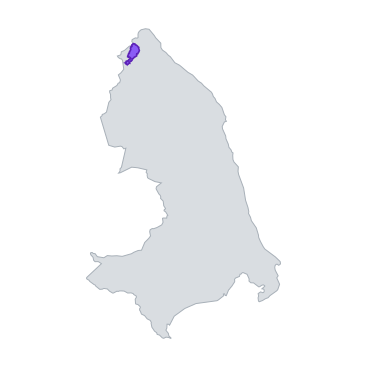 El Collao, Puno, Peru (highlighted), rotated 193°
{"feature_id": "86281439B70453073553936", "entity_name": "El Collao", "entity_type": "district", "adm_level": 2, "iso_a3": "PER", "parent_name": "Peru", "parent_adm1": "Puno", "projection": "albers", "projection_center": [-69.665, -16.626], "detail": "fine", "context": "in_parent", "style": "filled", "palette": "violet", "viewbox_px": 384, "rotation_deg": 193, "n_neighbors": 0, "source": "geoboundaries", "source_scale": "gbopen_adm2", "svg_char_len": 7436}
<svg xmlns="http://www.w3.org/2000/svg" viewBox="0 0 384 384"><g transform="rotate(193 192 192)"><path d="M277.1,109.1L277.0,110.1L275.7,110.6L274.4,109.9L272.5,110.1L269.7,107.7L263.1,108.1L260.2,111.0L255.8,111.6L250.9,113.0L245.5,113.6L237.0,118.3L235.1,120.2L231.3,122.9L228.1,123.9L226.7,132.2L223.7,137.1L222.5,139.8L224.3,143.8L224.3,145.8L222.6,147.4L221.2,147.6L218.3,149.4L214.1,153.1L213.4,156.0L214.8,159.7L214.4,160.1L210.8,160.9L211.0,163.0L210.3,163.8L213.3,166.8L215.0,167.4L215.1,168.2L214.8,169.0L214.2,169.3L214.1,170.0L216.4,172.2L218.0,176.6L221.2,178.7L221.3,180.2L222.2,181.6L223.8,182.6L227.7,187.0L227.8,189.1L223.9,194.0L230.4,193.8L237.6,195.4L238.6,196.1L239.5,198.3L239.6,199.7L241.1,200.8L241.0,203.4L250.4,203.4L256.4,202.6L266.2,194.6L267.8,193.9L267.0,195.6L266.9,196.9L267.4,198.3L266.3,200.2L266.3,219.8L268.1,218.7L270.4,220.5L272.0,220.6L277.4,218.4L283.6,218.8L298.1,244.3L296.8,246.1L296.9,247.4L295.1,248.5L293.3,250.6L293.2,260.7L291.7,263.8L292.5,265.4L293.3,268.7L294.6,270.6L295.0,271.9L294.8,272.3L292.8,273.4L292.7,275.3L289.1,278.9L288.4,281.4L287.1,282.2L286.9,285.0L290.1,289.5L288.0,292.2L286.1,296.2L289.3,304.6L290.6,305.8L292.0,305.7L294.1,306.5L295.3,307.7L292.7,309.3L292.2,310.0L292.4,312.7L289.6,314.8L285.8,320.1L284.8,320.4L282.9,322.0L282.5,322.8L282.8,323.5L284.5,325.1L284.6,327.0L281.9,329.4L280.0,329.6L279.3,330.3L280.1,333.5L280.1,335.0L279.5,336.7L278.1,338.6L274.1,340.6L270.4,340.9L264.1,336.1L262.1,334.1L255.9,330.0L254.8,325.7L252.7,323.6L248.9,322.1L245.8,319.9L243.5,318.9L237.8,314.1L232.6,312.7L222.9,307.7L217.7,306.1L210.9,301.5L207.3,300.2L204.4,298.1L195.5,293.6L194.1,292.1L192.7,289.8L190.7,288.4L188.4,285.3L185.1,283.5L181.9,281.1L177.8,274.5L175.9,273.0L175.7,270.0L174.4,268.6L176.2,267.5L177.3,262.7L176.5,260.4L171.8,254.2L170.9,251.5L167.4,246.8L166.1,243.9L163.4,241.8L162.3,240.0L160.8,239.3L160.6,237.0L159.4,232.8L157.9,230.7L152.5,226.9L151.8,222.5L150.5,219.5L142.6,207.5L137.9,195.9L134.0,189.5L132.3,185.8L132.1,183.8L129.3,180.5L127.7,177.4L121.3,171.5L117.5,164.9L116.9,162.9L114.3,159.3L110.2,154.6L108.2,152.8L96.2,147.5L90.5,144.1L89.7,142.3L89.9,141.2L91.1,140.1L92.8,140.8L93.8,140.4L94.5,139.0L94.4,137.0L93.3,134.5L89.2,129.7L90.1,127.4L85.9,121.8L86.5,116.1L87.3,114.7L92.7,108.6L94.1,106.1L96.5,104.5L98.9,102.1L101.8,100.2L102.7,100.7L103.8,103.7L103.7,105.7L104.7,107.9L102.7,110.1L100.4,109.8L99.6,110.3L99.3,111.3L99.7,112.9L100.4,113.5L102.1,113.4L99.9,116.5L100.1,117.1L101.8,117.6L103.2,116.7L104.8,114.9L105.7,114.6L111.6,117.3L114.3,116.8L116.4,118.0L116.8,120.2L119.8,124.2L124.2,125.0L124.9,124.6L125.8,123.0L126.7,122.7L126.8,120.4L130.4,117.8L130.9,116.1L130.3,114.9L130.3,113.9L132.3,108.4L132.9,107.8L133.5,106.0L134.3,104.9L135.3,98.7L136.3,98.7L137.4,100.1L138.5,99.7L137.8,98.3L138.0,97.8L142.0,92.8L143.2,91.7L163.0,84.2L172.8,76.9L181.4,67.0L183.9,57.2L184.9,57.9L186.6,57.6L185.9,53.7L186.3,51.8L186.2,51.3L183.3,49.0L182.1,46.5L179.7,45.1L179.7,44.6L182.3,45.0L184.7,44.7L186.6,43.1L188.1,43.2L191.5,45.3L193.9,45.4L194.8,47.0L197.2,48.0L200.7,51.3L202.3,54.9L202.2,55.6L203.8,57.5L207.1,58.3L210.4,60.9L213.8,61.7L215.4,64.1L216.3,64.9L216.8,66.2L216.3,67.9L216.8,68.7L219.4,70.2L221.5,70.2L222.0,70.8L223.2,74.8L222.5,76.9L222.8,78.0L225.6,79.0L226.5,79.8L228.7,80.0L231.9,79.1L235.8,80.2L238.8,79.7L240.2,79.4L241.6,78.5L242.8,78.5L245.8,75.9L246.7,75.7L250.0,76.8L252.7,78.5L256.2,78.2L257.6,77.1L260.0,76.4L264.5,78.6L265.5,79.6L266.7,79.8L271.5,81.9L272.4,82.8L274.9,83.6L275.4,84.3L275.3,85.1L264.1,101.8L267.6,103.1L270.8,102.3L272.5,103.4L273.7,106.1L276.3,107.9L277.1,109.1Z" fill="#d9dde1" stroke="#a8b0b8" stroke-width="1"/><path d="M275.8,319.2L275.9,319.3L276.0,319.5L276.3,319.9L276.2,320.3L276.2,320.5L276.3,320.8L276.5,320.7L276.7,321.0L276.9,321.1L277.1,321.2L277.2,321.4L277.4,321.4L277.4,321.6L277.8,321.8L278.1,322.0L278.3,322.1L278.5,322.3L278.9,322.3L279.0,322.5L279.3,322.7L279.6,322.7L279.8,322.6L280.0,322.5L280.3,322.6L280.5,322.8L280.6,323.0L280.7,323.3L280.8,323.3L281.0,323.5L281.3,323.5L281.5,323.4L281.7,323.2L281.8,323.2L281.9,323.3L282.4,323.1L282.5,323.3L282.6,323.2L282.8,323.2L283.0,323.0L283.1,322.4L283.2,322.2L283.3,322.2L283.6,322.1L283.6,321.9L283.7,321.7L283.8,321.5L283.8,321.4L283.7,321.4L283.5,321.2L283.4,321.0L283.4,320.9L283.4,320.7L283.2,320.2L283.3,320.1L283.5,319.9L283.7,320.0L283.9,319.8L284.0,319.8L284.1,319.7L284.3,319.6L284.2,319.4L284.1,319.2L284.3,318.9L284.2,318.7L284.1,318.3L284.1,318.2L284.3,318.1L284.1,317.8L284.0,317.6L283.9,317.5L283.7,317.3L283.8,317.1L283.9,316.9L283.8,316.6L283.8,316.4L284.0,316.1L283.9,316.0L283.8,315.9L283.9,315.6L284.1,315.5L284.1,315.4L284.2,315.1L284.3,315.1L284.5,314.9L284.5,314.7L284.5,314.0L284.4,313.9L284.2,313.7L284.3,313.4L284.2,313.3L284.2,313.2L284.3,313.0L284.4,312.9L284.7,313.0L284.8,313.0L284.9,312.9L284.9,312.6L285.0,312.4L285.0,312.2L285.0,311.8L284.9,311.7L285.1,311.3L285.0,310.8L285.1,310.7L285.2,310.3L285.1,310.2L285.3,310.0L285.3,309.7L285.2,309.5L285.1,309.3L285.1,309.2L284.8,309.2L284.8,309.3L284.6,309.3L284.3,309.0L284.2,309.1L284.2,309.3L284.0,309.5L283.8,309.2L283.5,309.4L283.4,309.4L283.2,309.4L282.9,309.2L282.4,309.1L282.2,309.1L282.1,308.8L281.9,308.5L281.9,308.4L282.0,308.3L282.0,308.2L282.0,307.9L282.1,307.7L282.4,307.7L282.3,307.4L282.5,307.2L282.5,307.3L282.5,307.2L282.8,307.1L283.0,307.1L283.2,306.9L283.3,306.9L283.5,306.6L283.5,306.4L283.5,306.2L283.5,305.8L283.6,305.7L283.6,305.4L283.6,305.1L284.0,305.2L284.6,305.1L284.7,304.9L284.7,304.7L284.7,304.8L284.8,305.0L285.0,304.8L284.8,304.6L284.9,304.4L285.0,304.3L285.0,304.2L285.3,304.0L285.2,303.9L285.3,304.0L285.3,303.9L285.3,303.7L285.4,303.8L285.4,303.7L285.5,303.6L285.6,303.4L285.5,303.2L285.8,303.0L285.6,303.0L285.5,302.9L285.8,303.0L285.8,302.9L285.9,303.0L285.9,303.3L285.9,303.6L285.7,303.9L285.6,304.0L285.8,303.8L285.9,303.7L286.1,303.2L286.1,302.9L285.7,302.4L285.7,302.2L285.4,302.0L285.1,302.0L284.8,301.8L284.3,301.6L283.8,301.4L283.1,301.4L283.9,301.5L284.4,301.7L284.5,301.8L285.0,302.0L285.4,302.3L285.2,302.4L285.1,302.2L285.0,302.3L284.9,302.4L284.8,302.2L284.7,302.0L284.6,301.9L284.4,301.8L284.3,301.7L284.2,301.7L284.2,301.8L284.2,301.7L284.2,301.8L284.1,301.7L284.1,301.8L284.0,301.7L283.9,301.7L283.7,301.8L283.4,301.9L283.2,301.9L283.1,302.0L282.9,302.3L282.7,302.4L282.4,303.0L282.2,303.2L281.8,303.4L281.8,303.5L281.7,303.5L281.9,303.8L282.0,303.8L282.2,304.0L281.8,304.2L281.8,304.4L281.9,304.6L281.8,304.8L281.7,304.8L281.6,305.2L281.6,305.3L281.4,305.4L281.3,305.6L281.2,305.5L280.8,305.6L280.7,305.7L280.6,305.8L280.6,306.1L280.5,306.4L280.4,306.5L280.0,306.7L280.0,306.8L280.1,307.1L280.1,307.4L280.1,307.5L280.0,307.8L280.3,308.1L280.1,308.3L280.1,308.5L279.9,308.6L279.5,308.6L279.3,308.7L279.2,308.8L279.2,309.1L279.0,309.5L278.7,309.8L278.8,309.9L278.6,310.4L278.6,310.5L278.4,310.7L278.2,310.7L277.9,310.8L277.5,311.0L277.2,311.5L276.9,311.8L276.7,311.9L276.5,312.0L276.5,312.4L276.5,312.5L276.7,312.8L276.8,312.9L276.9,313.0L276.9,313.3L276.7,313.5L276.8,313.7L277.0,313.9L277.0,314.2L276.9,314.2L276.7,314.4L276.3,314.4L276.4,314.6L276.2,314.7L276.0,314.8L276.0,315.1L275.8,315.3L275.6,315.4L275.6,315.5L275.5,316.3L275.4,316.4L275.5,316.5L275.4,316.7L275.4,316.8L275.2,317.0L275.1,317.3L274.8,317.6L274.6,317.6L274.8,317.7L274.9,317.8L275.0,318.0L275.2,318.3L275.4,318.4L275.4,318.5L275.6,319.0L275.8,319.2Z" fill="#8b5cf6" stroke="#5b21b6" stroke-width="1.5"/></g></svg>